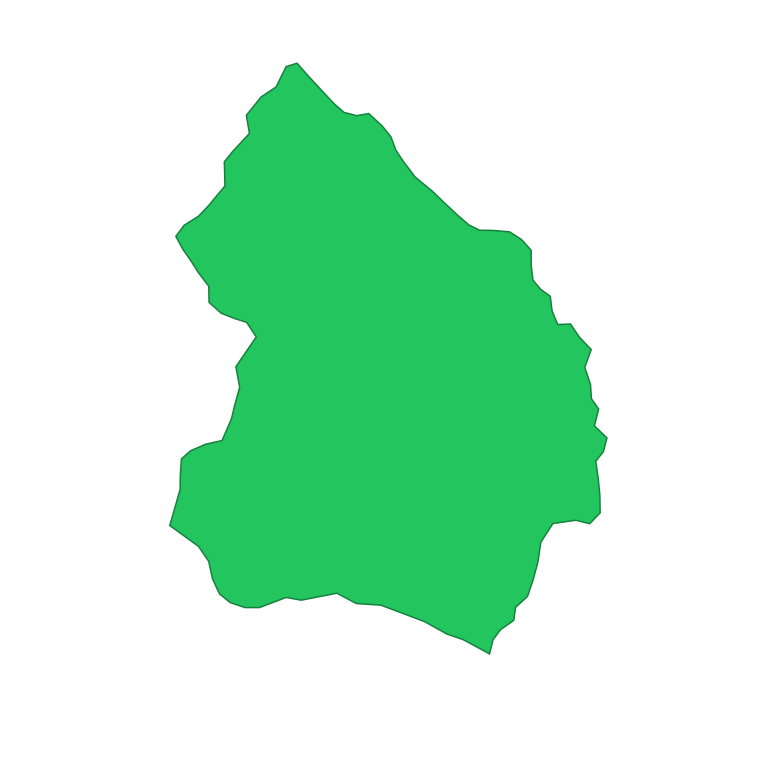 the district of Lourdes, São Paulo, Brazil, rotated 113°
{"feature_id": "56859067B53579578319178", "entity_name": "Lourdes", "entity_type": "district", "adm_level": 2, "iso_a3": "BRA", "parent_name": "Brazil", "parent_adm1": "São Paulo", "projection": "albers", "projection_center": [-50.239, -20.948], "detail": "fine", "context": "isolated", "style": "filled", "palette": "green", "viewbox_px": 768, "rotation_deg": 113, "n_neighbors": 0, "source": "geoboundaries", "source_scale": "gbopen_adm2", "svg_char_len": 1395}
<svg xmlns="http://www.w3.org/2000/svg" viewBox="0 0 768 768"><g transform="rotate(113 384 384)"><path d="M598.0,525.9L605.9,491.4L615.7,476.1L630.5,465.6L641.5,453.4L645.3,440.1L644.1,424.5L638.4,411.2L618.8,390.8L615.3,375.7L595.0,345.6L596.9,323.7L588.8,300.4L586.9,254.0L589.6,228.4L588.4,211.3L591.2,181.4L576.7,183.7L564.5,180.7L550.9,172.2L538.1,175.6L523.5,168.9L506.3,170.2L488.0,172.7L468.4,177.8L446.5,174.0L434.5,154.3L432.2,140.0L418.1,134.7L402.1,141.8L387.6,149.7L372.3,158.9L360.6,155.6L346.5,157.7L340.3,174.0L323.2,176.6L316.5,187.3L303.8,193.7L290.2,205.7L271.4,206.7L264.5,222.5L255.9,235.8L261.4,247.3L251.1,257.8L238.3,265.2L235.6,276.9L230.2,287.4L217.5,294.8L203.5,300.7L197.3,313.7L194.9,328.0L200.1,343.8L205.1,356.1L204.4,368.1L199.7,382.6L193.7,399.0L187.5,415.3L181.3,436.2L171.5,453.3L164.2,464.3L153.7,474.3L147.2,486.5L141.0,503.7L147.7,514.1L149.6,527.1L145.4,539.7L137.5,557.5L129.9,574.4L122.7,589.4L130.1,598.1L152.8,599.4L167.8,609.3L190.4,615.7L205.9,605.8L229.8,614.4L241.9,617.8L263.8,607.8L277.4,611.9L288.4,615.2L302.0,620.3L316.0,630.0L329.4,633.3L338.4,622.1L346.1,609.8L353.9,598.6L362.5,583.5L377.3,576.9L382.5,561.3L382.1,546.8L380.9,534.5L390.6,520.0L425.9,527.1L443.3,515.6L464.1,512.8L475.7,510.8L499.3,511.0L509.1,524.6L520.8,535.8L532.0,541.2L547.7,535.8L560.6,530.5L598.0,525.9Z" fill="#22c55e" stroke="#15803d" stroke-width="1.5"/></g></svg>